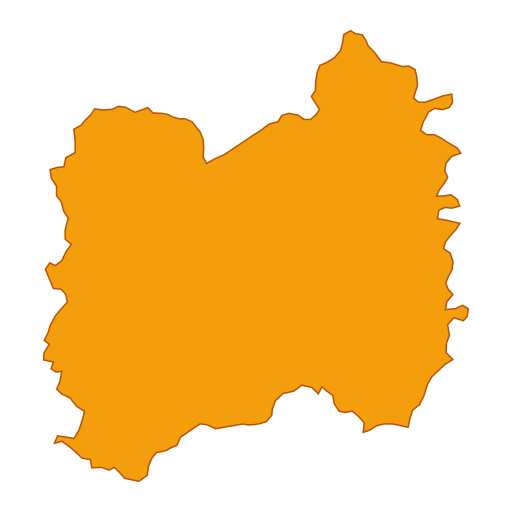 the district of André da Rocha, Rio Grande do Sul, Brazil
{"feature_id": "56859067B25456576181088", "entity_name": "André da Rocha", "entity_type": "district", "adm_level": 2, "iso_a3": "BRA", "parent_name": "Brazil", "parent_adm1": "Rio Grande do Sul", "projection": "albers", "projection_center": [-51.497, -28.59], "detail": "fine", "context": "isolated", "style": "filled", "palette": "amber", "viewbox_px": 512, "rotation_deg": 0, "n_neighbors": 0, "source": "geoboundaries", "source_scale": "gbopen_adm2", "svg_char_len": 2911}
<svg xmlns="http://www.w3.org/2000/svg" viewBox="0 0 512 512"><path d="M457.0,147.9L446.6,141.8L440.5,137.7L434.3,134.7L426.5,134.7L420.6,130.2L423.2,122.2L428.5,112.1L434.7,108.3L442.2,109.7L449.3,107.4L452.6,102.3L451.7,94.1L442.8,95.9L432.7,99.6L425.0,102.2L418.5,102.2L413.5,97.9L417.5,85.7L416.7,76.6L415.0,69.5L409.0,66.1L402.2,66.5L396.9,64.9L390.3,62.8L381.4,61.7L374.7,52.7L368.1,45.8L365.8,40.2L362.3,34.8L355.5,33.7L350.6,30.7L343.8,34.5L342.7,42.1L340.5,50.6L334.4,57.8L326.7,62.5L319.9,65.4L317.2,72.2L315.7,81.7L315.4,90.5L311.3,96.5L319.5,109.5L316.3,114.4L310.6,119.4L304.2,119.4L297.9,115.1L289.0,113.4L281.9,115.3L278.1,121.8L269.5,123.9L264.7,127.4L259.9,131.0L254.1,134.6L224.5,154.5L214.1,159.2L206.6,163.5L203.2,157.2L203.7,148.0L203.2,140.0L200.4,132.3L196.2,127.2L192.1,121.8L185.0,118.8L179.5,118.8L172.6,117.0L167.6,114.4L162.2,113.4L153.0,113.0L147.7,107.6L142.1,109.7L134.9,112.3L125.8,107.3L118.4,106.3L112.2,109.3L102.9,110.0L94.7,108.9L90.6,115.1L85.5,119.9L81.0,125.3L73.9,129.3L75.1,140.4L75.2,152.5L65.9,157.6L63.9,166.8L57.6,167.3L50.0,169.7L51.4,178.5L56.5,186.2L56.5,195.7L61.2,201.7L63.9,211.6L68.2,218.0L66.6,224.3L65.1,230.4L65.2,239.2L71.4,244.3L66.0,251.7L61.9,260.5L55.2,265.6L49.8,262.8L45.4,269.3L49.2,278.6L53.4,288.5L61.1,289.1L65.8,294.5L67.3,302.2L60.4,309.7L55.5,315.8L50.4,324.9L48.1,332.6L44.3,340.4L49.3,344.2L44.0,352.9L43.6,359.9L53.4,362.0L51.0,368.7L55.9,372.0L61.7,371.4L60.0,381.1L56.7,389.2L61.8,394.0L70.1,398.0L76.5,406.2L84.5,411.4L82.4,419.6L78.9,430.5L73.9,438.5L66.8,437.2L57.6,435.9L54.4,443.2L61.8,441.3L67.1,444.9L73.9,450.3L82.0,458.1L90.5,459.6L91.7,467.8L101.7,467.4L108.9,470.1L114.4,467.5L119.2,472.1L124.8,478.3L131.6,479.8L138.9,481.3L147.2,475.2L148.5,466.4L151.5,458.7L156.4,452.6L165.7,450.7L171.5,447.5L176.8,445.5L180.6,437.1L186.1,433.4L192.9,428.7L200.2,423.8L207.4,424.9L215.6,428.7L242.5,424.0L248.1,424.9L254.4,424.6L260.0,423.6L266.5,421.5L271.8,415.2L272.4,408.7L275.4,400.7L283.0,393.5L293.7,391.2L301.7,385.2L311.8,387.4L318.3,393.9L321.9,386.8L326.9,391.2L332.7,395.2L334.2,403.7L339.0,411.1L345.2,412.4L352.3,411.1L359.3,417.1L364.2,422.9L363.2,432.4L369.5,430.3L376.6,425.7L384.2,423.9L392.9,424.0L400.6,425.6L408.2,427.3L409.7,419.5L412.6,410.2L419.5,404.7L423.6,396.7L425.8,389.6L427.7,383.8L431.9,376.7L439.6,369.4L445.0,364.4L452.9,359.5L446.1,352.6L446.4,343.4L449.4,335.3L447.6,324.6L454.0,317.7L463.3,320.8L467.2,316.4L468.4,308.7L462.5,305.3L455.1,308.7L445.5,309.6L446.8,301.8L452.9,294.5L448.2,289.4L445.7,283.0L448.6,276.0L452.1,269.5L453.0,261.5L450.1,253.0L443.5,248.6L445.4,242.2L450.1,235.9L456.0,229.4L459.9,223.3L452.4,221.7L445.4,220.0L437.4,218.7L438.9,210.1L445.2,207.5L451.6,208.2L459.8,206.1L457.3,199.5L450.9,194.8L443.6,195.9L436.5,196.3L439.2,190.0L443.7,184.2L447.7,177.5L444.8,170.7L446.0,163.3L451.7,156.3L460.8,153.2L457.0,147.9Z" fill="#f59e0b" stroke="#b45309" stroke-width="1.5"/></svg>